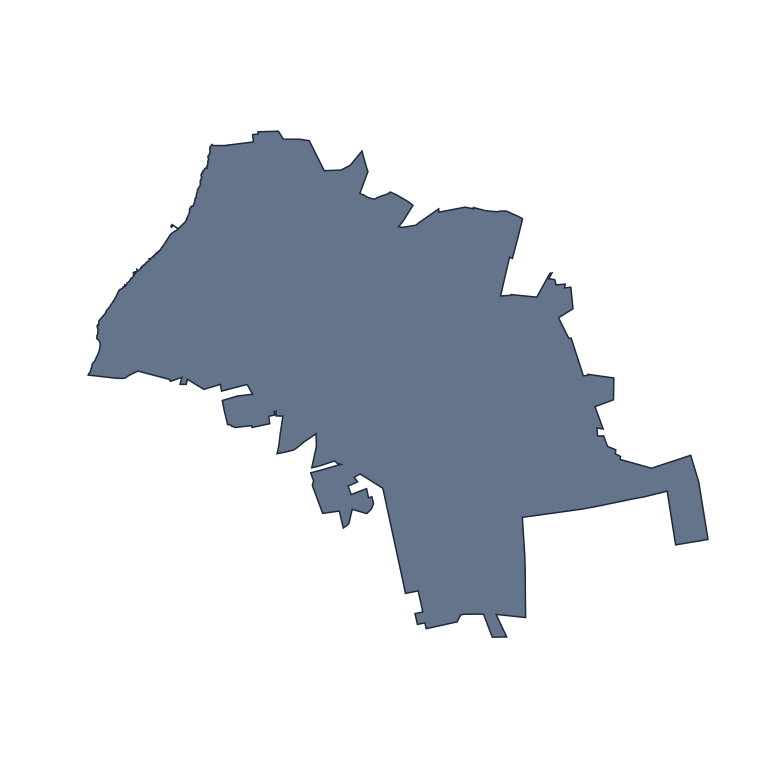 Campeche, Campeche, Mexico (Mercator projection), rotated 348°
{"feature_id": "50627088B29480766363328", "entity_name": "Campeche", "entity_type": "district", "adm_level": 2, "iso_a3": "MEX", "parent_name": "Mexico", "parent_adm1": "Campeche", "projection": "mercator", "projection_center": [-90.58, 19.715], "detail": "fine", "context": "isolated", "style": "filled", "palette": "slate", "viewbox_px": 768, "rotation_deg": 348, "n_neighbors": 0, "source": "geoboundaries", "source_scale": "gbopen_adm2", "svg_char_len": 6107}
<svg xmlns="http://www.w3.org/2000/svg" viewBox="0 0 768 768"><g transform="rotate(348 384 384)"><path d="M530.0,238.9L519.6,235.7L508.2,230.0L508.2,231.3L500.1,227.9L473.5,227.3L473.9,224.1L451.6,233.5L448.3,235.3L433.5,234.5L432.2,233.4L431.0,233.1L436.0,229.2L449.5,215.3L445.6,210.7L436.0,201.9L430.1,197.5L427.3,198.7L424.6,199.3L423.3,199.2L422.9,199.5L421.8,199.3L419.1,199.8L418.9,200.1L416.1,200.1L415.2,200.7L413.1,201.2L409.5,199.6L405.5,197.0L405.1,196.3L403.2,194.6L402.4,194.3L400.0,192.6L412.5,172.8L411.9,168.4L410.9,151.5L396.6,163.0L386.4,165.8L369.9,162.9L361.5,130.5L352.3,127.0L336.5,123.6L333.3,114.8L313.1,111.1L312.9,113.3L307.3,112.7L306.6,120.1L279.2,117.7L279.3,118.0L266.4,115.2L265.6,114.0L265.2,113.9L264.0,115.4L263.5,115.8L263.2,115.7L263.1,116.7L262.6,117.1L262.0,121.2L261.6,121.8L261.3,122.8L259.9,123.8L259.9,124.2L259.6,124.2L258.9,125.2L259.1,126.6L259.0,127.3L259.4,127.8L258.3,128.8L257.7,130.7L257.6,131.6L257.3,132.0L257.1,132.8L256.2,133.7L256.2,134.4L255.9,134.7L255.8,135.2L255.9,136.1L255.4,136.0L255.0,135.6L254.5,135.6L254.1,136.0L253.4,136.2L253.0,136.5L252.7,137.2L251.5,137.8L251.4,138.0L250.8,138.5L250.4,139.1L250.6,139.5L249.4,140.0L249.0,141.0L248.7,141.1L248.4,142.6L248.6,143.5L249.0,143.8L248.8,144.1L248.3,144.3L248.2,144.8L247.5,145.6L247.0,146.6L246.4,147.1L246.0,149.6L246.1,150.1L245.8,150.7L244.6,152.6L243.3,153.6L242.5,154.7L241.9,155.3L241.5,156.7L239.7,160.2L239.1,162.4L238.7,162.4L238.3,163.1L238.0,163.2L236.3,166.9L236.2,167.3L235.2,168.6L234.5,170.2L234.0,170.0L233.3,170.3L232.8,170.1L232.3,170.1L232.2,170.7L231.9,170.7L230.8,171.7L230.4,172.4L229.8,172.9L230.0,173.4L229.8,174.7L229.4,175.1L229.0,176.7L225.2,181.3L224.9,182.1L225.1,182.3L224.6,182.7L223.9,183.7L215.0,189.3L209.8,184.0L208.2,185.6L208.0,185.9L209.6,184.3L210.2,184.9L208.8,186.3L208.4,185.9L208.9,186.6L210.7,185.0L214.9,189.4L213.1,190.5L212.1,190.9L211.4,191.0L211.2,190.9L211.1,191.1L208.3,192.1L206.3,193.3L206.0,193.4L205.8,193.9L204.3,195.1L203.7,196.1L203.0,196.5L201.7,198.0L201.3,198.2L201.0,198.7L200.2,199.5L199.8,199.7L199.6,200.2L198.7,201.0L198.1,201.4L197.7,202.0L197.1,202.6L196.6,202.9L196.3,203.4L195.9,203.7L195.2,203.5L195.3,203.5L195.6,203.7L195.6,204.0L194.5,204.6L194.1,205.4L192.3,206.9L192.2,206.8L191.2,207.5L190.9,207.2L190.8,207.3L191.1,207.6L190.6,207.8L190.6,208.0L189.7,208.6L189.1,208.8L189.0,208.7L188.8,208.8L188.9,209.0L187.9,209.4L187.9,209.2L187.6,209.7L186.6,210.0L184.8,211.1L184.6,210.9L184.8,211.2L184.6,211.1L181.4,213.3L181.1,213.3L180.5,212.2L180.5,212.3L180.4,212.4L180.6,212.4L181.1,213.3L180.7,213.3L180.7,213.8L178.8,215.0L178.5,215.1L178.1,215.0L177.4,215.4L177.5,215.6L176.5,216.1L175.6,216.6L175.5,216.9L174.5,217.4L173.5,217.9L173.2,217.8L172.9,218.0L172.2,218.8L171.9,219.0L171.8,218.9L171.6,219.3L170.8,219.5L170.2,218.9L170.6,219.6L170.4,219.8L170.6,220.0L169.8,220.7L167.9,222.0L167.4,222.1L167.2,222.0L166.0,220.0L165.6,219.8L166.8,221.5L165.3,222.4L165.4,222.5L164.3,223.2L163.9,222.5L162.1,222.8L162.2,223.0L163.8,222.7L164.4,223.5L163.2,224.3L162.7,223.4L162.1,223.9L161.8,224.3L162.3,225.1L161.6,225.5L161.9,226.2L160.8,226.8L160.6,226.7L160.7,226.8L160.4,227.2L159.7,227.6L158.9,228.4L158.2,228.7L158.0,228.3L157.7,228.5L157.9,228.4L158.0,228.9L157.7,229.0L157.3,229.6L155.6,230.9L153.6,231.9L153.1,232.6L152.9,233.2L152.2,233.7L151.4,234.1L151.2,233.1L150.7,233.1L151.0,233.0L151.2,234.5L151.0,234.4L151.0,233.2L150.9,233.2L150.9,234.4L149.6,235.0L149.3,234.7L149.2,234.8L149.5,235.1L149.3,235.3L146.0,236.7L145.5,236.6L144.9,236.9L144.7,236.5L144.7,237.0L144.2,237.4L143.0,238.9L139.9,243.0L138.8,244.1L137.5,245.7L136.0,247.1L135.6,247.2L135.3,247.9L134.8,247.8L135.0,247.8L135.2,248.0L134.9,248.4L133.3,249.5L132.5,250.8L130.8,252.2L127.3,254.9L126.9,255.9L125.8,257.2L118.4,262.8L118.0,263.6L117.7,265.3L117.2,266.6L116.8,267.0L116.4,266.6L116.0,266.7L115.9,266.9L116.4,266.7L116.6,266.9L116.6,267.2L116.2,267.5L115.4,268.4L115.5,269.9L115.4,271.9L115.2,272.9L114.1,276.0L113.1,277.3L113.0,278.5L112.5,279.2L112.5,279.9L113.9,281.4L114.8,284.2L114.8,284.7L114.4,287.2L113.7,289.2L112.0,292.9L110.1,295.6L109.9,296.0L109.2,297.0L108.1,298.0L108.0,298.6L106.2,300.9L105.1,302.0L102.7,303.7L102.0,306.0L100.7,308.1L100.7,308.9L99.8,309.6L99.0,311.3L97.4,312.5L96.5,313.8L104.2,316.3L123.2,322.7L130.7,324.4L132.9,324.2L133.8,323.5L137.5,322.3L146.0,320.2L174.9,334.8L175.7,337.0L187.7,335.5L184.4,341.9L190.5,343.3L192.6,338.5L206.7,351.8L223.9,350.4L223.6,357.2L249.7,356.0L250.5,357.5L253.3,366.8L251.5,366.5L238.0,365.3L222.4,366.5L222.2,376.0L222.6,391.2L225.5,392.2L225.7,392.8L226.1,393.1L226.3,393.8L227.4,394.2L229.3,395.6L245.7,397.2L245.9,399.1L264.0,399.1L264.5,391.6L270.8,391.6L270.7,388.1L272.8,388.1L271.8,392.8L278.4,394.4L272.3,410.7L268.0,423.2L264.9,430.0L273.1,430.1L281.8,429.8L285.8,428.2L294.1,423.9L307.2,418.6L304.9,430.9L295.9,450.9L299.4,451.0L305.1,450.6L319.7,449.0L322.0,452.2L325.0,453.6L304.7,455.1L293.8,455.6L295.0,464.0L292.8,468.2L297.1,497.8L313.9,499.0L314.2,516.4L319.1,514.3L320.4,513.3L320.9,512.6L326.8,500.0L340.3,507.2L345.5,503.8L348.9,498.8L348.7,491.8L345.2,492.1L345.2,482.7L328.9,485.3L327.7,476.1L329.9,475.9L337.9,474.2L335.4,469.1L341.9,467.0L361.2,485.8L361.5,583.4L361.4,593.3L374.4,593.5L374.6,615.0L366.6,615.1L366.7,626.1L374.4,626.1L374.4,632.1L406.0,631.9L411.1,625.8L414.5,625.8L433.5,629.8L437.3,654.2L451.4,656.9L445.8,632.7L474.0,641.9L478.0,621.7L483.1,597.1L486.1,580.6L491.6,543.2L552.4,547.6L570.8,548.0L603.3,548.1L615.1,548.5L638.7,547.7L635.8,602.0L668.6,603.4L671.5,545.6L669.2,517.5L628.2,522.0L599.1,506.8L600.4,504.1L595.7,500.3L597.1,496.6L589.7,491.5L588.0,480.4L582.1,479.3L583.2,471.3L589.0,473.6L585.7,450.0L605.2,447.2L610.1,425.9L585.4,416.9L585.3,417.9L580.7,417.5L576.6,378.0L574.2,377.6L568.5,355.5L584.5,349.7L586.9,328.2L580.6,327.5L582.1,324.0L573.0,322.8L572.7,317.4L567.2,315.4L571.4,310.3L569.3,310.2L551.5,330.8L526.7,322.9L526.3,323.6L516.3,322.1L533.2,286.1L535.7,287.9L546.4,266.7L553.9,251.2L550.4,248.2L539.7,240.3L535.0,239.2L530.0,238.9Z" fill="#64748b" stroke="#1e293b" stroke-width="1.5"/></g></svg>